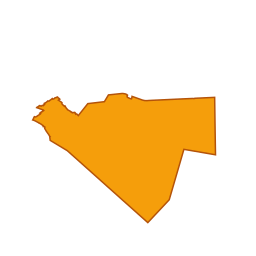 Harlingen, Netherlands, rotated 211°
{"feature_id": "6326949B40723251176643", "entity_name": "Harlingen", "entity_type": "district", "adm_level": 2, "iso_a3": "NLD", "parent_name": "Netherlands", "parent_adm1": "", "projection": "robinson", "projection_center": [5.441, 53.126], "detail": "fine", "context": "isolated", "style": "filled", "palette": "amber", "viewbox_px": 256, "rotation_deg": 211, "n_neighbors": 0, "source": "geoboundaries", "source_scale": "gbopen_adm2", "svg_char_len": 3790}
<svg xmlns="http://www.w3.org/2000/svg" viewBox="0 0 256 256"><g transform="rotate(211 128 128)"><path d="M69.5,198.9L86.0,187.9L86.0,187.7L87.1,186.9L87.5,186.8L90.1,185.1L98.4,179.6L124.5,162.2L126.0,161.1L126.4,160.9L126.8,160.7L127.1,160.5L127.6,160.2L128.0,160.1L128.3,159.9L129.0,159.7L129.4,159.6L129.9,159.4L130.5,159.3L140.8,157.2L140.7,157.0L140.0,154.9L140.1,154.7L141.6,154.3L144.3,154.0L144.7,154.2L144.9,154.3L145.1,155.0L145.3,155.8L145.8,155.7L146.0,155.7L146.2,156.1L147.6,155.9L148.3,155.7L148.8,155.5L149.3,155.3L149.8,155.1L150.3,154.9L150.8,154.6L151.2,154.3L161.8,146.3L161.8,138.4L175.0,128.2L177.0,113.0L178.9,113.6L179.3,113.4L179.7,113.4L179.9,112.9L180.7,113.3L180.5,113.5L180.4,113.6L181.7,114.0L181.9,113.9L182.0,113.7L182.4,113.4L182.7,113.2L182.8,113.1L183.0,112.9L183.1,112.7L183.6,112.3L183.9,112.4L184.0,112.4L184.5,112.4L184.8,112.4L184.7,112.6L184.8,112.6L185.2,112.6L185.3,112.6L185.5,112.6L185.8,112.6L186.0,112.7L186.5,112.6L187.9,112.6L188.0,112.6L189.1,112.5L189.4,112.5L189.7,112.6L189.8,112.5L189.7,112.8L190.2,113.0L190.4,113.0L190.5,113.0L190.9,113.2L191.0,113.2L191.2,113.3L191.3,113.3L191.6,113.4L191.7,113.5L191.8,113.6L192.2,113.8L192.3,113.8L192.7,113.8L193.0,113.9L193.0,114.0L193.0,114.3L193.5,114.5L193.8,114.1L193.9,113.9L195.6,114.3L196.0,114.3L196.6,114.5L196.8,114.6L197.0,114.7L197.2,114.8L197.4,115.3L197.5,115.4L197.5,115.6L198.3,115.8L198.7,115.9L199.1,115.9L200.4,115.9L200.5,115.9L201.2,116.0L202.0,116.0L201.8,116.6L201.7,116.7L201.6,117.0L201.3,117.6L201.6,117.7L202.6,117.9L202.8,117.8L203.5,117.9L203.7,118.1L204.4,118.3L204.7,118.0L204.7,117.9L204.9,117.8L204.9,117.7L204.9,117.4L205.0,117.3L205.0,117.2L205.3,117.0L205.5,116.9L205.7,116.7L205.8,116.6L206.0,116.4L206.2,116.2L206.2,115.8L206.2,115.7L206.3,115.5L206.3,115.4L206.4,115.2L206.7,114.7L206.8,114.6L207.0,114.3L207.2,114.2L207.3,114.0L207.7,114.1L207.8,114.1L208.0,114.3L208.1,114.2L208.1,113.9L208.2,113.7L208.3,113.5L208.4,113.4L208.4,113.2L208.5,113.0L208.6,112.7L208.8,112.4L208.8,112.2L209.0,111.9L209.1,111.7L209.2,111.4L209.6,110.4L209.8,110.4L210.0,110.2L210.4,110.0L210.3,109.9L210.5,109.7L210.7,109.4L210.8,109.4L211.1,108.5L211.1,108.4L211.2,108.2L211.5,107.5L212.0,106.7L212.3,106.2L212.5,106.0L212.5,105.9L212.0,105.7L211.7,105.6L211.8,105.2L212.0,104.9L212.1,104.7L212.2,104.4L211.9,104.4L212.0,104.1L212.2,103.4L212.3,103.4L212.6,103.3L212.9,103.3L213.0,103.3L213.2,103.2L213.7,101.9L214.1,101.9L214.7,101.9L214.8,101.9L214.9,101.7L215.2,101.5L215.3,101.5L215.5,101.5L215.5,101.4L215.6,101.1L215.7,100.8L215.8,100.7L215.9,100.4L215.9,100.2L216.0,100.0L216.0,99.9L216.1,99.7L216.3,99.6L216.5,99.3L216.6,99.1L216.8,98.7L216.8,98.4L213.7,99.1L213.1,99.1L212.1,99.4L211.2,99.5L210.4,99.7L209.7,99.8L209.6,99.7L209.7,99.4L209.3,99.4L209.7,98.6L209.8,98.4L209.9,98.1L210.3,97.5L210.2,97.5L211.2,95.4L210.3,95.4L210.3,95.2L210.4,94.8L210.5,94.7L210.6,94.3L210.7,94.1L210.8,94.0L211.0,93.5L211.1,93.3L211.6,92.4L211.7,92.1L211.9,91.7L212.0,91.3L212.3,90.8L212.4,90.7L212.6,90.3L212.7,90.2L212.8,90.0L212.9,89.9L213.2,89.7L213.5,89.6L214.1,89.5L214.0,87.4L213.9,87.3L213.8,87.1L213.8,86.9L213.8,86.0L213.8,85.8L212.1,86.2L211.8,86.2L210.8,86.3L208.5,86.4L207.4,86.5L207.3,86.4L207.2,86.5L206.8,86.5L204.3,86.5L204.2,86.5L203.8,86.5L203.7,86.5L202.5,86.2L202.4,86.2L202.0,86.2L201.9,86.3L201.8,86.2L201.7,86.2L201.5,85.7L201.4,85.5L201.1,85.6L200.9,85.7L200.7,85.9L200.7,86.0L200.0,86.1L199.9,86.1L199.7,86.0L199.6,85.7L199.2,84.7L196.9,83.5L196.5,83.2L194.8,82.5L194.4,82.3L194.0,82.1L193.4,81.9L192.6,81.5L190.9,80.6L190.5,80.5L190.5,80.4L190.4,80.4L190.5,80.1L188.3,77.3L168.4,77.3L135.3,71.0L115.4,67.2L95.5,63.4L62.3,57.1L55.7,87.7L64.1,119.6L69.1,138.5L39.2,150.1L54.2,174.2L69.5,198.9Z" fill="#f59e0b" stroke="#b45309" stroke-width="1.5"/></g></svg>